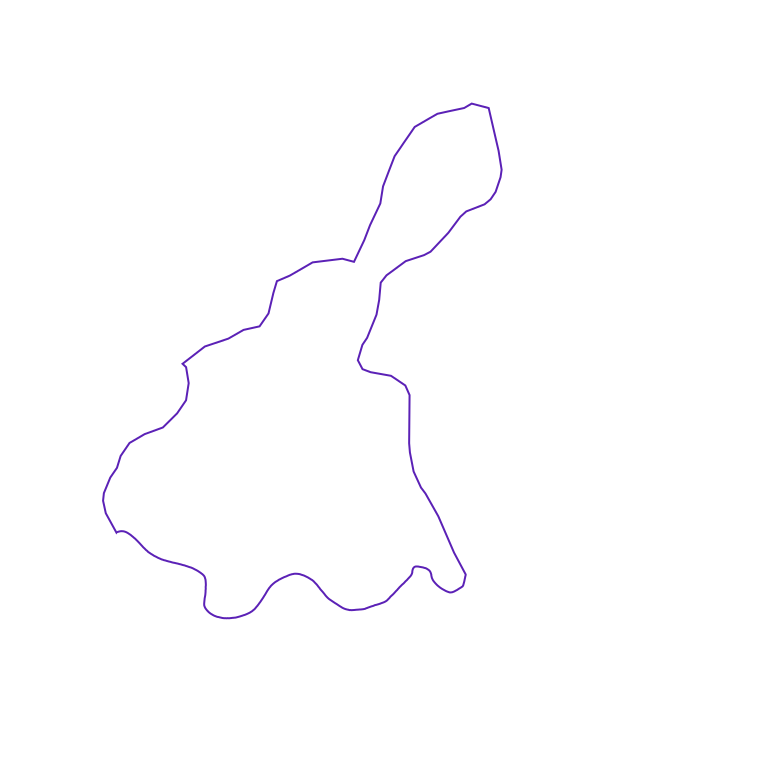 outline of Usi, Chagang-do, North Korea, rotated 214°
{"feature_id": "82179303B10804861284408", "entity_name": "Usi", "entity_type": "district", "adm_level": 2, "iso_a3": "PRK", "parent_name": "North Korea", "parent_adm1": "Chagang-do", "projection": "natural_earth1", "projection_center": [125.541, 40.577], "detail": "fine", "context": "isolated", "style": "outline", "palette": "violet", "viewbox_px": 768, "rotation_deg": 214, "n_neighbors": 0, "source": "geoboundaries", "source_scale": "gbopen_adm2", "svg_char_len": 6034}
<svg xmlns="http://www.w3.org/2000/svg" viewBox="0 0 768 768"><g transform="rotate(214 384 384)"><path d="M522.8,111.2L522.8,111.3L522.2,112.2L521.6,113.0L521.0,113.7L520.3,114.4L519.5,115.1L518.5,115.7L517.6,116.2L516.5,116.6L515.4,116.9L514.2,117.1L512.7,117.2L511.0,117.2L509.5,117.2L507.9,117.0L506.6,116.9L505.2,116.7L503.8,116.6L502.4,116.3L500.7,116.0L499.4,115.7L498.4,115.5L497.1,115.2L495.9,114.9L494.6,114.6L493.4,114.3L492.3,114.0L490.3,113.7L488.5,113.3L486.9,113.2L485.8,112.9L484.2,112.9L483.1,112.9L481.7,112.9L480.6,113.0L479.6,113.0L478.5,113.0L477.3,113.2L475.9,113.4L474.4,113.5L472.8,113.8L471.8,114.0L470.4,114.2L469.2,114.6L467.9,114.9L466.7,115.4L465.3,115.8L464.1,116.2L462.9,116.6L461.7,117.1L460.3,117.5L458.9,118.0L457.6,118.6L456.2,119.1L455.0,119.6L453.9,120.0L452.9,120.3L451.7,120.8L450.3,121.2L449.1,121.6L447.9,122.1L447.0,122.3L446.2,122.5L445.3,122.8L444.1,123.1L442.9,123.4L441.5,123.9L440.5,124.1L438.8,124.4L437.5,124.5L436.0,124.7L435.1,124.8L433.8,124.9L432.7,124.9L431.5,124.9L430.3,124.9L429.3,124.8L428.3,124.8L427.2,124.6L426.2,124.4L425.2,124.0L424.4,123.5L423.7,122.9L422.7,122.1L422.0,121.3L421.2,120.3L420.5,119.4L419.9,118.6L419.4,117.9L418.9,117.1L418.4,116.1L417.9,115.4L417.3,114.6L416.7,113.5L416.4,112.9L415.7,111.9L415.2,111.0L414.7,110.1L414.2,109.2L413.7,108.1L413.2,106.9L412.8,106.0L412.3,105.1L411.8,104.1L411.3,103.2L410.8,102.3L410.3,101.4L409.6,100.4L409.1,99.8L408.3,99.2L407.7,98.8L407.0,98.4L406.1,98.0L405.1,97.7L404.0,97.3L403.2,97.2L402.1,96.9L401.1,96.8L400.0,96.7L398.7,96.7L397.4,96.8L396.9,96.8L396.0,96.9L395.0,97.0L393.8,97.3L392.8,97.5L391.8,97.8L390.8,98.3L389.6,98.7L388.6,99.1L387.5,99.5L386.6,99.9L385.5,100.5L384.5,101.2L383.4,101.8L382.6,102.5L381.5,103.1L380.7,103.8L379.8,104.5L379.2,105.1L378.4,105.7L377.6,106.4L376.7,107.1L376.0,107.8L375.3,108.6L374.6,109.4L373.9,110.2L373.5,110.7L373.0,111.3L372.5,112.0L371.8,112.8L371.2,113.7L370.4,114.6L369.8,115.5L369.2,116.4L368.7,117.2L368.0,118.4L367.4,119.4L367.0,120.4L366.6,121.2L366.2,122.2L366.0,123.1L365.7,124.0L365.4,125.0L365.3,125.9L365.2,126.8L365.1,128.1L364.9,129.3L364.9,129.9L364.8,131.3L364.8,132.4L364.7,133.8L364.7,135.2L364.7,136.3L364.7,138.0L364.7,139.5L364.8,141.1L364.8,142.7L364.9,144.2L365.0,145.7L365.1,147.0L365.1,148.3L365.1,149.5L365.1,150.8L364.9,152.3L364.9,153.1L364.8,153.8L364.5,155.1L364.2,156.4L363.8,157.7L363.5,158.7L363.1,159.7L362.6,160.7L362.1,161.8L361.7,162.9L361.1,163.9L360.5,165.0L359.9,166.1L359.3,167.1L358.8,168.0L358.0,169.1L357.3,170.1L356.6,171.3L356.0,172.2L355.5,173.0L354.7,173.9L353.9,174.9L353.2,175.5L352.5,176.3L351.6,177.0L350.5,177.7L349.3,178.4L348.3,178.9L347.1,179.4L345.8,179.7L344.5,180.1L343.1,180.5L341.6,180.7L340.2,180.9L338.8,181.1L338.0,181.1L336.5,181.2L335.2,181.2L333.9,181.3L331.9,181.1L330.8,180.8L329.4,180.5L327.9,180.2L326.5,179.8L325.2,179.3L323.7,178.9L322.2,178.3L320.7,177.9L318.7,177.4L317.0,176.9L316.0,176.6L314.6,176.1L313.2,175.7L311.4,175.3L310.1,175.1L309.0,175.0L307.7,175.0L306.3,175.0L305.0,175.0L303.5,175.0L302.1,175.0L300.3,175.1L298.9,175.1L297.8,175.1L296.5,175.1L295.0,175.2L293.8,175.2L292.8,175.3L291.6,175.5L290.7,175.7L289.9,175.9L289.1,176.2L288.2,176.5L287.4,176.9L286.3,177.2L285.6,177.7L285.1,178.0L284.5,178.3L283.6,179.0L282.7,179.7L281.7,180.5L280.9,181.2L280.0,181.9L279.1,182.6L278.4,183.2L277.6,183.8L276.8,184.4L276.0,185.1L275.3,185.7L274.6,186.4L274.0,187.0L273.5,187.9L272.8,188.8L272.2,189.7L271.6,190.5L270.8,191.6L270.0,192.7L269.1,193.7L268.4,194.7L268.1,195.3L267.4,196.1L266.7,196.8L266.0,197.7L265.3,198.5L264.8,199.2L264.2,199.9L263.8,200.6L263.2,201.4L262.6,202.2L262.1,202.9L261.5,203.9L261.1,204.7L260.7,205.6L260.4,206.6L260.2,207.9L259.9,209.3L259.8,210.2L259.7,211.4L259.3,213.0L258.9,214.6L258.6,216.4L258.4,217.8L258.2,219.3L257.9,220.6L257.8,221.9L257.6,223.1L257.5,224.2L257.2,225.5L257.0,226.7L256.7,228.1L256.3,229.4L256.1,230.5L255.9,231.9L255.8,232.7L255.6,233.3L255.3,234.7L255.2,235.8L255.0,237.0L254.8,238.3L254.6,239.3L254.6,240.3L254.6,241.3L254.8,242.3L255.1,243.4L255.7,244.4L256.3,245.7L256.5,246.5L256.7,247.2L256.7,248.0L256.6,248.9L256.3,249.6L255.9,250.2L255.3,250.7L254.5,251.2L253.8,251.7L252.8,252.1L251.9,252.5L251.0,252.9L250.1,253.3L249.2,253.7L248.2,254.0L247.5,254.2L246.8,254.5L246.0,254.7L244.8,254.8L243.7,254.8L242.9,254.8L242.1,254.7L241.4,254.5L240.7,254.2L240.0,253.8L239.3,253.3L238.7,252.8L238.1,252.3L237.6,251.6L236.8,250.9L236.1,250.2L235.2,249.6L234.2,249.0L233.2,248.5L232.0,248.1L231.0,247.8L229.9,247.5L229.0,247.3L228.1,247.1L227.0,246.9L226.0,246.8L224.9,246.7L223.7,246.6L222.8,246.6L221.5,246.6L220.2,246.7L219.1,246.8L217.9,246.9L216.9,247.0L215.8,247.2L215.0,247.4L214.2,247.6L213.5,247.8L212.7,248.1L212.2,248.5L211.7,248.9L211.1,249.4L210.7,249.9L210.3,250.5L209.6,251.5L209.2,252.4L208.7,253.3L208.2,254.2L207.8,255.2L207.4,256.2L207.0,257.0L206.7,257.7L206.3,258.5L206.1,259.2L206.0,259.3L205.7,260.1L205.7,260.7L205.8,261.6L206.1,262.4L206.4,263.3L206.7,264.2L207.0,265.1L207.5,266.3L208.0,267.5L208.5,268.8L209.0,269.9L209.2,270.7L209.6,271.4L209.8,271.8L231.7,283.4L265.0,304.7L288.4,316.4L295.4,318.8L310.5,328.0L324.2,341.7L330.0,348.9L356.6,389.1L365.5,394.7L382.8,394.7L401.7,386.3L410.1,384.3L419.0,389.1L423.8,404.4L423.8,412.8L429.0,437.3L435.0,451.0L443.4,466.2L442.7,475.5L434.7,498.0L422.9,513.2L419.4,519.7L415.2,545.4L414.2,565.5L412.3,573.1L401.1,589.2L398.9,596.8L398.9,605.7L403.0,620.6L406.3,627.4L419.4,641.4L426.3,647.8L451.5,671.3L468.1,665.5L471.9,657.6L483.3,645.8L490.8,637.9L494.7,630.0L502.3,614.3L502.4,602.5L502.5,594.6L502.5,588.7L502.6,578.8L499.0,563.1L495.3,547.3L488.0,531.6L484.4,507.9L480.8,492.2L477.2,468.5L488.5,464.6L511.2,444.9L515.0,437.0L522.7,421.2L530.3,409.4L526.6,397.6L519.2,377.9L519.4,362.2L530.7,350.3L538.4,334.6L553.5,314.9L562.3,288.1L557.5,287.3L546.4,275.5L539.0,259.8L539.1,244.0L543.0,224.3L554.4,208.6L562.0,192.8L562.1,177.1L558.5,165.2L558.6,153.4L555.2,136.9L551.6,130.1L542.4,121.3L522.8,111.2Z" fill="none" stroke="#5b21b6" stroke-width="2"/></g></svg>